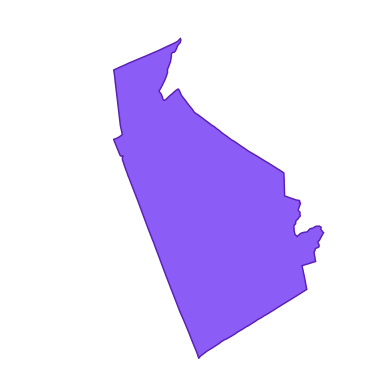 Obrejita, Vrancea, Romania (Robinson projection), rotated 146°
{"feature_id": "2599482B71493090324690", "entity_name": "Obrejita", "entity_type": "district", "adm_level": 2, "iso_a3": "ROU", "parent_name": "Romania", "parent_adm1": "Vrancea", "projection": "robinson", "projection_center": [27.083, 45.477], "detail": "fine", "context": "isolated", "style": "filled", "palette": "violet", "viewbox_px": 384, "rotation_deg": 146, "n_neighbors": 0, "source": "geoboundaries", "source_scale": "gbopen_adm2", "svg_char_len": 4491}
<svg xmlns="http://www.w3.org/2000/svg" viewBox="0 0 384 384"><g transform="rotate(146 192 192)"><path d="M279.3,50.6L278.8,50.6L278.4,50.5L278.3,50.9L278.2,51.2L277.9,51.2L277.1,51.2L276.3,51.3L274.7,51.3L272.0,51.5L270.1,51.6L268.6,51.7L261.2,51.4L256.1,51.3L253.1,51.3L252.2,51.5L248.1,51.4L247.5,51.3L246.2,51.0L245.4,50.9L244.1,50.8L241.9,50.6L238.1,50.4L236.4,50.3L234.5,50.3L233.0,50.4L229.3,50.2L227.1,50.0L224.1,50.0L222.4,49.9L221.7,49.9L220.3,49.6L218.7,49.6L214.6,49.5L211.0,49.4L210.5,49.4L209.6,49.5L209.3,49.5L208.3,49.4L206.0,49.2L204.3,49.0L202.8,49.1L202.1,49.1L199.0,48.8L197.4,48.7L195.3,48.6L193.6,48.6L191.7,48.5L188.9,48.4L187.1,48.4L185.2,48.4L183.7,48.2L182.7,48.2L181.6,48.2L174.3,47.9L167.5,47.6L151.3,47.1L149.0,52.5L146.6,58.0L143.7,65.2L142.0,69.4L128.4,65.3L125.8,71.1L124.7,73.5L124.4,73.9L122.9,74.6L121.8,75.8L121.2,76.1L120.7,76.0L119.9,75.9L119.0,75.7L118.4,75.5L117.9,75.5L117.4,75.6L116.8,76.2L116.4,76.8L116.2,77.4L116.0,78.1L116.0,78.6L115.9,79.4L115.8,79.8L115.4,80.3L115.1,80.5L113.7,80.5L112.9,81.0L109.7,82.7L105.6,84.8L105.8,85.2L105.9,85.8L105.9,86.4L106.0,87.1L106.0,87.4L105.9,87.6L106.1,88.0L106.1,88.5L106.1,88.9L105.9,89.2L105.7,89.5L105.4,89.8L104.9,90.2L104.7,90.6L104.8,91.1L105.2,91.7L105.6,92.6L106.5,93.1L107.1,93.5L107.7,93.9L108.3,94.2L109.5,94.4L110.9,94.5L111.9,94.4L112.6,94.6L113.4,95.1L113.9,95.3L114.4,95.4L115.1,95.5L116.0,95.3L117.4,94.9L118.2,94.7L118.6,94.6L119.2,94.7L120.1,95.1L121.2,95.7L122.1,96.1L124.0,96.7L125.0,96.9L126.1,96.9L127.2,96.7L129.4,96.4L129.8,96.3L129.8,96.5L129.8,97.0L130.0,97.8L130.3,99.1L130.3,99.5L129.9,100.4L129.6,101.2L129.1,102.3L128.9,103.0L128.5,103.6L127.9,104.4L127.7,104.8L127.6,105.1L127.3,105.7L127.0,106.2L126.5,106.8L125.8,107.3L124.8,107.6L124.2,107.6L123.8,107.8L123.2,108.7L122.7,109.1L122.2,109.8L121.5,110.1L121.0,110.2L120.4,110.2L119.9,110.3L119.5,110.3L119.3,110.4L119.1,110.5L118.3,110.8L117.0,111.2L115.9,111.5L115.5,111.8L115.3,112.5L115.2,113.0L114.8,113.5L114.3,114.0L114.0,114.5L113.8,114.9L113.8,115.3L113.9,115.7L114.2,116.4L114.2,117.0L114.0,117.6L113.8,117.9L113.4,118.2L113.0,118.5L111.6,119.6L109.1,121.4L108.9,121.6L108.3,122.2L108.9,123.2L107.7,124.1L108.1,125.4L109.1,126.1L109.8,126.9L110.5,127.7L111.7,129.3L113.6,131.8L116.6,135.9L117.4,136.9L115.9,139.3L113.5,143.2L112.2,145.2L110.1,148.6L109.0,150.2L105.2,156.5L106.4,159.5L109.9,167.4L113.0,174.4L114.0,176.4L117.9,185.1L122.4,194.4L124.2,199.1L125.9,203.2L127.8,208.2L128.6,210.4L129.4,211.7L130.2,213.5L132.1,219.0L134.0,224.0L135.3,228.6L136.1,230.6L137.2,234.3L138.3,236.4L139.0,238.6L141.7,246.5L143.9,252.8L145.1,255.5L145.6,257.5L145.5,258.7L145.5,260.0L145.8,263.5L146.0,265.4L146.2,269.0L146.2,270.6L146.4,273.4L146.6,274.8L146.6,275.7L146.7,278.3L146.1,281.3L145.6,284.6L146.1,285.2L148.6,285.2L151.0,284.9L153.1,284.6L155.1,284.4L158.7,283.9L161.8,283.3L163.8,283.6L164.2,283.8L164.3,284.6L164.0,285.9L163.5,286.8L163.0,289.5L162.8,290.9L162.9,292.3L163.0,293.7L162.9,294.1L159.9,295.5L156.6,297.3L152.3,299.8L148.4,302.4L145.2,305.0L144.7,306.2L143.8,307.1L143.9,307.3L140.6,309.4L139.1,310.6L137.4,311.7L136.5,312.6L135.3,313.8L134.1,315.1L133.0,316.3L132.4,317.3L132.1,317.8L131.6,318.1L130.4,318.5L129.3,318.4L128.8,317.8L126.9,318.2L126.9,318.4L125.1,319.2L122.8,320.9L121.2,321.7L120.2,322.0L118.3,322.4L117.0,323.5L116.9,323.5L116.7,323.7L116.2,324.3L116.1,324.6L115.8,325.7L116.1,325.7L116.3,325.7L117.4,325.4L118.6,325.1L119.2,324.9L120.8,325.0L122.6,325.2L125.9,325.7L133.1,326.9L136.7,327.4L140.6,328.0L148.3,329.5L154.9,330.7L159.1,331.6L163.8,332.5L168.3,333.4L172.2,334.2L178.6,335.2L181.7,335.8L187.9,336.8L188.2,336.8L188.7,336.9L189.9,334.3L191.2,331.6L194.6,325.2L204.1,306.7L214.3,287.0L217.6,278.6L221.1,278.3L222.8,278.5L223.9,278.6L225.0,278.7L225.8,278.9L226.4,279.1L226.7,279.3L227.1,279.4L227.5,279.4L227.9,277.8L231.1,262.6L230.9,261.7L230.7,261.3L230.3,261.1L230.0,260.9L229.5,260.9L229.2,260.7L229.1,260.4L229.3,260.0L229.8,259.8L230.1,259.6L230.7,259.1L231.2,258.5L231.7,257.3L231.8,257.1L231.8,256.9L232.7,253.6L233.4,251.4L233.5,250.8L233.8,249.6L234.0,248.9L234.1,248.6L234.7,246.2L234.7,245.9L235.9,241.4L236.3,239.2L237.4,234.6L240.1,222.7L241.5,216.4L244.5,204.1L249.0,185.4L250.6,178.3L251.4,174.8L252.1,171.3L253.8,164.6L255.5,157.2L257.1,150.8L260.2,137.8L263.1,125.1L265.5,114.6L267.9,104.0L268.9,99.9L269.6,95.8L270.8,89.2L272.0,83.2L273.4,76.4L275.0,69.5L276.6,61.8L277.7,56.4L279.3,50.6Z" fill="#8b5cf6" stroke="#5b21b6" stroke-width="1.5"/></g></svg>